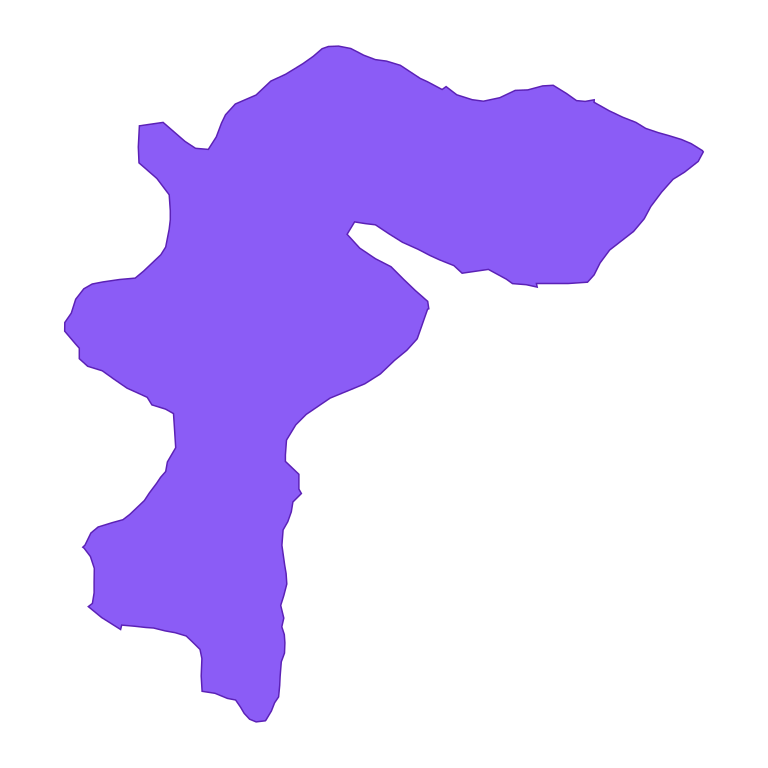 outline of Tovuz District, Tovuz, Azerbaijan
{"feature_id": "54616110B84187356839814", "entity_name": "Tovuz District", "entity_type": "district", "adm_level": 2, "iso_a3": "AZE", "parent_name": "Azerbaijan", "parent_adm1": "Tovuz", "projection": "natural_earth1", "projection_center": [45.767, 40.907], "detail": "fine", "context": "isolated", "style": "filled", "palette": "violet", "viewbox_px": 768, "rotation_deg": 0, "n_neighbors": 0, "source": "geoboundaries", "source_scale": "gbopen_adm2", "svg_char_len": 2541}
<svg xmlns="http://www.w3.org/2000/svg" viewBox="0 0 768 768"><path d="M594.2,99.8L585.2,101.4L576.5,100.6L566.5,93.5L553.2,85.3L542.7,85.9L527.8,89.9L515.2,90.4L499.8,97.7L483.4,101.2L472.2,99.7L456.8,94.8L446.1,86.6L442.1,89.5L427.4,81.7L420.2,78.4L409.4,71.3L400.3,65.3L386.5,61.1L375.3,59.6L363.7,55.2L350.8,48.5L338.5,46.1L336.2,46.2L328.4,46.5L322.1,48.7L313.3,56.3L303.0,63.6L285.7,74.2L270.8,81.1L256.1,95.0L235.3,104.0L225.5,114.8L221.5,123.1L216.3,136.9L208.3,149.4L195.5,148.3L185.0,141.4L163.1,122.4L139.4,125.8L138.3,147.0L139.0,162.9L156.9,178.5L169.2,194.8L170.3,210.7L170.3,219.8L169.2,229.1L165.7,247.0L160.8,254.8L143.6,271.1L135.2,278.1L119.6,279.5L103.1,281.9L92.2,284.0L83.8,288.8L75.7,299.2L71.3,313.1L64.8,322.5L64.7,329.6L64.7,331.2L75.3,343.7L79.3,348.2L79.3,358.7L87.7,366.3L102.3,370.8L114.0,379.2L127.1,388.2L147.2,397.3L151.9,404.9L165.5,409.1L173.5,413.6L174.2,424.1L175.7,447.7L167.4,461.9L165.7,471.5L160.6,477.3L156.6,483.3L149.4,492.9L144.4,500.5L137.7,506.9L129.7,514.5L122.9,519.7L112.4,522.6L98.1,527.0L90.9,533.0L85.0,545.1L82.8,547.2L84.1,548.2L90.4,556.5L94.3,568.3L94.1,582.2L94.1,592.9L92.4,603.4L88.3,606.6L101.7,617.6L120.6,629.5L121.7,625.1L134.3,626.2L146.0,627.5L153.5,628.0L165.2,630.9L175.2,632.7L186.2,636.0L192.1,641.6L200.0,649.4L201.9,658.6L201.2,676.0L202.1,691.3L215.0,693.3L227.4,698.4L235.6,700.0L240.5,707.1L244.2,713.4L249.6,719.2L256.1,721.9L265.3,720.8L265.9,720.2L271.4,711.0L274.6,702.8L278.6,696.9L279.7,685.4L280.1,676.7L281.3,661.8L284.5,653.1L284.9,642.9L284.3,634.5L281.8,626.8L283.8,618.1L280.7,605.4L283.8,595.6L286.8,584.0L286.1,573.5L284.7,565.2L281.9,545.3L283.1,529.9L287.8,521.7L291.3,511.8L292.9,502.0L301.4,493.5L298.9,489.1L298.9,474.3L285.4,461.4L285.4,455.0L286.5,440.1L295.8,424.8L306.2,414.4L330.1,398.1L364.8,383.8L380.4,373.9L394.4,360.5L406.9,350.2L417.2,338.8L421.4,326.9L424.6,317.7L427.6,309.2L428.8,308.8L427.7,301.4L415.3,290.5L403.9,279.6L391.0,266.7L375.4,258.7L359.7,248.1L347.1,234.3L354.6,221.9L365.3,223.6L375.4,224.8L389.4,234.1L402.5,242.3L417.9,249.2L429.8,255.4L440.1,260.1L453.9,265.6L462.1,273.2L488.4,269.4L506.4,279.2L512.5,283.6L526.3,284.7L537.2,287.1L536.4,283.5L553.3,283.5L568.3,283.5L587.5,282.2L594.1,274.9L600.1,262.9L609.7,250.0L633.6,231.4L644.2,218.8L650.8,206.5L661.7,192.0L673.0,179.3L684.6,172.1L698.2,161.4L703.3,151.9L702.4,150.6L691.3,143.7L681.5,139.5L668.8,135.6L658.1,132.6L645.7,128.4L635.9,122.4L622.9,117.3L609.0,110.7L594.1,102.3L594.1,102.1L594.2,99.8Z" fill="#8b5cf6" stroke="#5b21b6" stroke-width="1.5"/></svg>